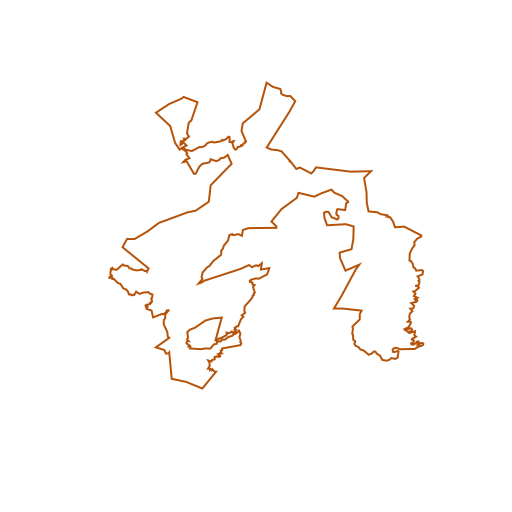 Miahuatlán de Porfirio Díaz, Oaxaca, Mexico, rotated 231°
{"feature_id": "50627088B48092332426149", "entity_name": "Miahuatlán de Porfirio Díaz", "entity_type": "district", "adm_level": 2, "iso_a3": "MEX", "parent_name": "Mexico", "parent_adm1": "Oaxaca", "projection": "equal_earth", "projection_center": [-96.649, 16.361], "detail": "fine", "context": "isolated", "style": "outline", "palette": "amber", "viewbox_px": 512, "rotation_deg": 231, "n_neighbors": 0, "source": "geoboundaries", "source_scale": "gbopen_adm2", "svg_char_len": 6127}
<svg xmlns="http://www.w3.org/2000/svg" viewBox="0 0 512 512"><g transform="rotate(231 256 256)"><path d="M213.6,113.2L202.1,122.5L186.8,130.9L191.2,152.0L191.9,151.2L194.2,150.9L194.6,150.0L195.7,150.7L196.1,148.5L197.3,149.4L198.6,147.8L199.8,150.9L202.1,152.6L204.9,153.1L202.1,155.1L202.8,156.5L201.7,158.9L203.6,160.3L202.5,162.7L200.7,164.0L200.7,165.2L201.7,165.1L202.0,163.9L202.6,165.3L203.5,165.1L202.0,167.8L203.3,167.4L203.2,168.6L204.7,169.2L204.2,170.5L205.5,171.4L196.5,187.9L197.6,189.8L199.1,189.7L199.9,190.9L203.3,192.0L205.6,195.1L209.7,196.0L208.5,195.2L208.4,191.7L209.3,188.7L208.8,187.8L210.6,182.9L210.5,179.3L212.4,177.0L211.8,174.7L213.1,173.5L213.6,171.4L212.5,170.2L213.8,167.6L212.8,162.2L215.9,158.7L218.2,154.6L225.7,146.5L226.6,147.7L227.9,146.7L227.9,148.1L231.8,147.0L233.4,149.2L232.4,150.1L234.5,150.0L235.5,152.0L240.0,154.6L240.4,157.9L238.6,163.8L237.7,176.0L234.6,183.2L229.7,190.6L215.9,171.4L215.2,172.2L215.4,175.2L214.5,176.2L213.3,182.0L213.2,183.9L215.0,184.9L213.0,186.4L212.5,189.6L211.4,189.5L210.2,192.3L210.6,193.1L212.0,193.0L211.6,194.1L213.5,194.1L213.4,196.8L212.6,197.8L216.3,204.5L216.7,207.9L218.9,207.6L218.6,212.6L219.1,211.7L220.9,212.6L224.0,215.5L225.4,224.4L226.3,227.5L227.3,228.4L227.0,229.8L228.4,230.8L228.3,232.1L233.6,234.1L234.4,236.6L235.8,235.3L237.6,236.5L239.7,235.0L240.6,235.5L240.7,237.1L238.7,241.7L236.6,243.9L234.7,253.1L238.2,258.7L242.4,251.3L246.7,255.9L246.7,251.4L248.7,250.3L249.8,245.9L253.3,244.9L255.9,235.3L269.4,200.1L269.6,197.3L270.7,194.1L271.9,200.0L273.9,200.4L276.7,204.0L278.0,211.1L277.5,213.3L279.0,219.6L278.9,229.3L280.3,231.2L282.0,232.1L282.4,234.6L284.3,237.5L285.6,244.0L289.0,248.5L288.0,251.3L287.2,251.1L285.8,252.5L284.2,256.0L280.6,257.7L284.5,262.2L282.4,267.7L265.1,289.5L266.1,290.5L273.1,289.7L276.4,305.3L275.5,324.3L278.3,328.8L265.4,338.7L263.7,345.9L260.1,356.4L255.9,356.7L248.2,360.7L240.3,361.8L239.9,361.5L240.2,359.3L235.6,354.2L241.1,348.9L241.0,348.2L238.7,345.3L237.3,344.6L235.3,345.2L233.5,344.0L233.2,342.2L238.6,339.1L244.5,340.1L246.3,338.4L246.8,336.1L242.4,333.1L235.1,330.6L224.3,345.7L217.5,350.5L207.5,341.9L201.2,334.5L206.0,323.1L201.6,320.0L188.3,316.3L184.3,330.8L182.7,325.0L171.2,297.4L166.1,283.5L161.0,289.9L147.1,303.7L145.5,300.0L141.4,296.7L140.5,286.6L138.3,285.4L134.8,281.7L133.4,281.6L129.8,278.9L127.2,279.4L125.9,277.2L123.5,276.9L120.7,278.3L117.7,278.3L114.8,280.2L108.4,281.4L107.4,284.0L107.6,287.4L106.7,288.6L104.0,288.4L100.4,289.7L95.9,288.7L92.4,291.6L91.4,294.4L91.5,297.0L88.5,299.3L87.8,301.9L92.1,306.7L93.0,306.4L94.3,303.0L95.3,302.2L97.4,303.4L97.4,305.4L96.5,307.1L92.8,309.4L83.8,321.0L83.6,324.0L81.7,329.4L82.4,330.8L83.5,330.7L84.9,328.9L85.0,327.7L84.3,327.1L85.4,325.7L86.1,328.1L87.5,328.4L88.2,326.8L87.6,325.6L88.2,322.4L89.6,321.2L90.5,321.6L89.7,323.5L90.7,325.3L91.7,325.6L92.9,324.5L93.4,325.0L92.6,329.7L94.7,329.2L97.5,332.2L99.6,326.7L101.8,326.2L100.0,328.3L100.5,330.9L101.7,331.2L102.6,330.6L104.5,325.3L105.7,325.3L104.7,329.9L106.6,334.4L107.7,334.8L109.4,332.7L109.8,335.6L112.5,336.9L114.3,339.4L114.7,342.8L117.9,342.8L116.7,344.5L116.6,345.9L117.8,347.6L121.7,347.0L119.5,351.8L119.6,353.0L120.3,353.5L121.5,352.2L122.7,352.2L121.9,355.3L125.5,353.5L126.3,356.2L129.4,356.0L128.6,357.3L128.8,362.7L130.6,362.7L132.6,360.9L131.0,363.9L132.2,365.8L133.1,366.7L134.3,366.6L134.2,367.5L135.1,368.3L138.5,368.8L136.9,373.9L139.3,376.4L140.6,376.1L143.8,371.3L146.4,371.9L148.1,371.2L151.2,372.9L154.6,373.2L155.9,372.4L161.2,377.1L163.7,382.5L164.5,385.9L167.1,387.6L168.0,392.2L167.1,396.5L167.9,397.4L185.5,389.7L190.8,382.1L196.6,384.2L201.8,384.6L202.8,383.3L204.2,383.7L204.6,382.5L205.3,383.4L210.2,379.1L213.6,377.8L219.8,371.5L227.4,375.4L236.0,382.0L248.6,389.1L249.5,398.8L261.9,382.7L287.1,358.4L285.7,354.2L285.4,350.9L297.1,345.8L298.3,342.1L308.2,342.3L308.1,340.9L308.5,342.3L321.2,341.7L324.8,339.3L328.9,335.0L333.6,332.6L347.1,372.8L351.6,383.9L358.6,383.4L361.1,380.4L364.8,378.1L366.8,377.9L367.6,378.9L370.5,380.0L376.7,375.6L384.0,373.3L367.8,350.9L367.4,329.1L362.1,323.3L351.2,320.3L351.6,319.0L350.8,318.0L351.3,316.8L350.5,315.2L350.6,314.1L351.5,314.1L351.1,312.4L352.2,310.3L351.3,308.2L351.5,307.0L353.8,306.7L358.4,308.6L359.3,311.0L359.9,309.9L359.6,308.8L361.3,307.2L365.0,310.3L366.0,309.8L365.7,306.6L366.5,302.9L367.5,302.8L367.5,300.4L370.6,294.8L372.4,293.8L374.1,290.3L374.3,288.0L373.7,286.6L374.6,282.4L376.3,280.5L377.9,272.3L382.5,268.4L386.5,267.3L385.6,271.5L390.9,270.9L389.6,269.0L389.8,267.2L392.5,269.7L391.5,270.8L391.5,273.5L390.7,273.5L391.0,274.3L392.1,274.2L391.0,275.4L391.0,279.0L394.8,279.6L401.3,286.9L402.2,288.9L401.9,290.8L412.3,307.3L425.1,299.9L425.2,296.9L428.8,284.1L430.3,268.4L411.1,271.1L394.8,264.3L386.7,263.6L386.6,265.9L381.2,267.5L379.2,267.1L378.9,266.0L373.9,265.8L375.2,261.6L374.7,258.6L373.3,261.7L358.8,259.5L357.9,260.9L361.1,268.2L361.4,272.4L358.3,278.2L358.5,280.0L359.7,281.7L355.0,284.6L354.4,285.8L353.8,287.6L354.2,290.2L352.4,293.2L352.4,297.6L343.0,295.1L339.5,265.3L327.9,253.5L329.2,237.5L333.0,230.3L342.8,201.4L343.4,187.1L345.6,172.3L350.4,166.5L346.8,157.8L314.0,164.7L312.4,161.3L313.4,161.5L314.1,160.3L317.8,158.7L317.6,157.9L319.9,154.2L323.5,151.3L324.4,151.5L326.1,149.9L328.9,150.1L331.9,147.3L333.3,147.1L333.0,139.0L335.8,136.5L337.1,136.9L337.4,135.1L336.0,134.5L335.6,133.2L333.2,131.2L331.4,131.7L331.0,130.7L331.9,128.9L331.3,128.3L329.6,130.6L328.5,129.9L327.8,131.1L321.9,131.6L319.8,133.1L314.4,132.5L311.4,134.1L309.1,134.1L306.2,133.2L306.3,132.3L305.6,134.1L303.6,134.7L303.3,136.1L302.3,136.7L303.7,140.4L299.9,141.6L298.5,145.3L295.6,149.7L294.0,149.7L291.2,151.3L289.0,149.1L289.0,147.9L286.0,146.6L286.2,145.6L285.6,145.0L286.2,144.0L285.4,143.5L286.5,140.8L283.9,139.2L287.0,140.0L287.1,139.0L283.6,137.7L279.4,140.5L273.0,137.4L270.2,146.3L269.1,147.3L268.9,150.3L269.8,152.6L268.8,153.5L268.9,154.8L267.7,148.7L264.9,146.4L264.2,144.0L261.0,141.3L252.7,139.2L248.9,136.7L247.0,137.1L248.0,120.7L240.7,125.6L236.7,124.6L235.5,126.9L235.7,127.9L213.6,113.2Z" fill="none" stroke="#b45309" stroke-width="2"/></g></svg>